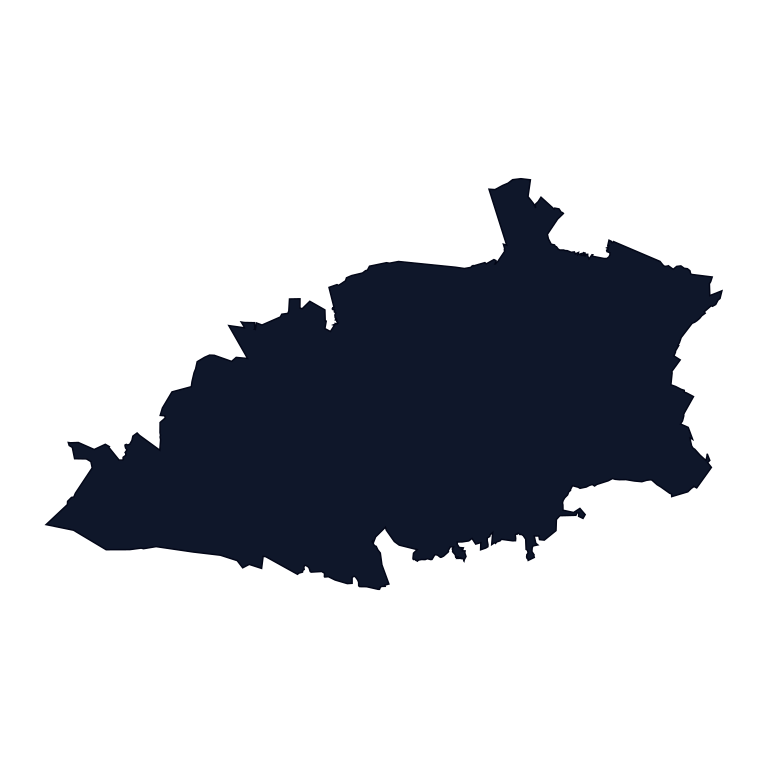 Villaflores, Chiapas, Mexico (orthographic projection)
{"feature_id": "50627088B76304194076564", "entity_name": "Villaflores", "entity_type": "district", "adm_level": 2, "iso_a3": "MEX", "parent_name": "Mexico", "parent_adm1": "Chiapas", "projection": "orthographic", "projection_center": [-93.329, 16.375], "detail": "fine", "context": "isolated", "style": "filled", "palette": "ink", "viewbox_px": 768, "rotation_deg": 0, "n_neighbors": 0, "source": "geoboundaries", "source_scale": "gbopen_adm2", "svg_char_len": 6103}
<svg xmlns="http://www.w3.org/2000/svg" viewBox="0 0 768 768"><path d="M668.3,265.7L667.4,266.1L664.6,266.4L662.9,265.0L660.0,261.4L613.8,241.7L613.8,242.2L612.1,242.7L611.8,241.6L609.0,240.2L607.8,245.5L609.8,245.5L608.8,245.9L607.9,247.0L608.2,247.2L606.8,247.9L608.4,248.8L607.9,249.8L607.1,249.8L606.6,250.2L607.0,251.6L609.9,252.7L610.0,254.8L608.9,256.9L606.9,258.5L604.1,258.5L592.2,256.2L592.8,254.8L592.0,254.7L589.0,258.9L587.7,256.0L587.7,254.3L586.1,254.4L585.6,255.9L584.5,255.8L585.1,253.1L583.7,252.7L583.4,255.4L581.6,255.5L582.2,253.4L580.7,253.8L580.3,254.8L578.9,253.9L578.0,254.5L578.5,252.5L575.3,253.9L574.4,251.9L571.2,252.3L567.4,250.7L564.7,250.5L563.8,250.0L559.7,250.0L558.1,249.0L556.5,246.8L555.3,246.3L554.5,244.9L551.2,244.2L548.4,238.8L547.4,234.3L557.6,219.1L563.4,213.5L562.7,212.7L561.1,212.1L559.0,208.9L554.7,208.1L554.1,209.1L541.0,197.2L538.2,201.6L535.3,204.4L535.6,208.0L533.4,203.5L528.0,196.6L530.4,179.8L520.9,178.7L512.6,179.7L508.0,183.2L502.6,185.5L495.0,189.6L489.0,189.2L506.7,245.2L503.4,244.2L504.6,248.4L504.3,250.0L504.8,251.1L497.8,261.5L495.4,264.1L494.8,264.0L496.1,261.8L496.0,260.6L493.9,259.6L486.2,263.9L484.9,262.6L473.2,266.0L473.0,265.6L471.8,266.2L470.8,267.4L464.4,268.5L455.3,267.2L398.5,261.5L389.5,263.2L386.5,262.7L369.5,266.2L367.4,270.2L365.5,270.7L362.5,273.0L351.6,275.6L346.5,277.8L345.5,280.8L338.6,285.4L337.0,284.6L329.0,287.4L334.1,307.7L332.8,307.7L332.3,308.9L333.1,309.7L334.7,309.9L334.3,311.8L335.8,312.9L334.9,315.0L335.2,317.7L336.3,318.5L335.7,319.1L336.2,319.4L335.6,320.0L337.1,320.4L336.8,321.6L337.5,322.1L337.3,322.8L338.0,323.1L337.0,324.0L335.2,323.5L335.2,324.2L333.4,324.9L334.5,325.2L330.4,331.5L324.9,328.6L326.2,321.1L325.2,320.7L324.9,309.9L309.8,301.3L302.1,308.8L299.9,307.9L300.0,298.8L289.5,299.0L288.8,311.0L287.8,313.4L281.8,314.2L280.3,317.0L262.0,325.0L256.3,322.9L255.4,329.5L254.4,329.2L254.8,328.9L254.4,322.7L244.1,322.5L241.2,322.0L244.1,326.7L244.4,327.8L228.8,325.6L247.6,358.5L236.2,357.4L231.6,361.4L214.3,355.3L209.6,355.1L204.6,357.3L197.2,361.7L195.6,368.9L194.1,372.6L192.0,381.6L191.3,386.7L172.0,391.9L162.4,408.0L160.2,415.4L164.7,415.8L165.3,417.9L160.1,422.5L160.0,432.7L160.5,435.2L160.1,437.0L160.6,439.7L159.8,450.2L139.5,435.4L137.1,433.0L132.9,436.1L131.9,440.5L129.7,444.3L127.6,445.0L126.5,444.4L125.2,444.8L125.0,445.7L125.6,448.0L127.0,449.9L125.1,452.5L125.7,453.4L125.8,455.3L123.2,457.2L123.0,458.1L123.5,459.4L122.3,460.1L119.1,460.1L108.7,447.2L109.3,446.6L105.3,444.3L94.2,449.5L78.3,442.5L70.6,442.8L68.3,442.5L69.2,445.5L72.3,447.4L74.6,458.7L86.4,458.9L90.9,461.6L92.2,467.9L75.4,493.2L73.8,497.1L71.5,497.4L67.6,501.3L67.4,504.6L46.1,524.6L73.5,530.2L106.1,549.7L129.8,549.6L141.2,548.1L143.5,548.7L156.1,546.6L193.1,552.0L220.4,555.2L237.2,560.6L242.7,567.8L249.2,564.4L261.6,568.4L263.1,556.3L265.8,556.7L297.5,574.3L298.9,573.1L302.5,572.1L302.8,570.4L304.2,569.4L303.8,567.6L304.3,565.8L304.9,565.4L306.0,565.5L308.0,566.7L309.1,568.0L310.2,571.5L311.1,572.1L321.7,571.5L324.5,573.2L324.4,576.7L324.7,577.0L328.4,576.7L335.1,580.0L347.3,583.6L352.1,583.3L352.1,577.7L352.9,576.8L354.2,576.3L355.4,576.8L357.7,580.0L358.6,582.1L358.7,585.8L359.6,586.6L366.6,586.7L378.1,589.3L379.5,589.3L380.5,586.9L382.2,586.4L385.2,586.3L384.9,585.1L388.9,584.0L381.9,564.8L380.3,553.0L377.8,549.8L376.2,546.4L374.4,545.6L372.1,541.6L372.6,540.8L373.6,542.1L375.6,536.9L385.4,527.2L386.3,530.1L394.3,541.5L399.2,545.1L417.2,549.6L413.5,553.2L413.0,557.9L413.0,558.9L413.5,559.5L415.2,559.4L415.8,560.3L417.5,561.1L417.8,560.5L418.9,560.0L421.5,559.5L425.1,559.6L427.3,558.7L430.8,559.6L432.0,559.4L434.8,554.7L437.4,555.0L440.4,557.3L441.4,557.2L443.6,556.1L448.2,552.0L448.5,551.5L448.2,550.6L450.3,546.9L451.1,546.8L453.5,547.0L452.3,549.0L452.8,550.7L452.6,551.7L455.3,554.8L455.7,557.2L457.7,557.0L456.8,558.4L459.1,558.4L459.7,558.3L459.8,557.8L460.8,557.6L461.1,558.6L462.8,558.7L463.9,559.5L463.7,560.7L464.0,561.1L464.3,559.7L466.0,556.5L464.8,552.9L465.1,550.9L462.4,550.8L463.2,548.2L462.3,548.6L462.9,547.8L459.3,547.5L457.3,544.4L457.1,542.0L462.2,541.9L468.8,540.9L472.0,538.4L475.7,544.1L480.8,542.6L480.6,549.8L485.8,548.0L487.9,546.7L488.0,544.7L487.2,540.6L487.3,537.9L489.7,536.5L490.2,534.7L492.7,532.5L491.7,544.6L494.5,542.7L495.5,543.4L496.6,542.0L500.1,540.8L501.4,539.3L512.5,540.8L515.5,540.7L515.7,538.5L515.3,534.9L516.1,534.1L517.1,534.2L517.8,533.3L518.6,533.2L519.8,534.5L521.4,534.4L523.2,535.5L525.7,539.2L526.1,549.4L527.4,550.2L528.0,552.2L527.8,553.6L526.9,554.5L526.6,557.0L527.1,558.5L527.8,558.9L528.2,560.4L534.3,557.4L533.8,555.7L534.1,554.9L531.9,551.5L532.2,547.6L533.1,545.9L537.8,544.9L535.8,543.2L534.2,536.0L538.9,536.0L539.5,539.6L544.3,540.1L556.0,530.6L556.4,519.5L559.8,515.7L575.9,515.3L577.1,512.8L578.8,512.9L578.6,516.3L583.0,518.4L585.2,514.6L579.9,508.4L573.6,512.5L563.0,510.2L562.9,504.9L562.5,502.9L563.1,500.5L564.8,497.7L567.6,494.9L568.7,491.9L570.5,490.4L570.6,489.2L572.5,485.7L578.2,487.2L580.0,488.3L586.3,487.0L589.6,485.3L592.3,484.5L594.6,486.0L596.9,484.4L608.2,480.8L612.5,478.5L615.1,479.3L619.3,479.7L625.9,479.6L634.3,481.0L641.9,481.7L646.6,480.3L650.4,479.8L651.8,480.0L657.1,484.7L660.9,487.0L669.6,493.2L671.6,494.0L671.7,496.6L687.8,491.8L691.4,488.3L693.2,487.1L693.6,486.3L696.7,487.9L711.4,467.4L707.6,462.6L709.8,460.4L707.2,453.8L706.9,456.6L705.9,460.5L700.0,455.1L694.8,449.3L693.0,448.1L691.6,445.9L689.9,438.2L689.4,437.3L692.6,439.3L688.2,427.4L680.5,424.0L682.5,420.9L683.8,415.9L683.7,414.3L684.5,412.6L693.5,396.6L686.7,393.0L684.3,392.1L684.2,390.3L681.1,389.3L675.6,386.5L670.9,384.8L672.1,373.0L671.9,371.3L680.2,359.9L673.9,355.9L675.4,352.4L675.6,350.8L678.7,345.5L677.9,345.1L679.4,342.7L681.2,337.5L692.1,323.3L694.7,322.2L696.9,320.7L699.6,318.4L701.8,315.7L705.2,313.2L704.2,311.8L711.1,305.8L712.5,306.3L715.7,304.5L718.1,300.0L720.0,298.5L721.9,290.8L709.8,295.6L709.4,283.8L710.7,281.6L712.2,277.0L692.1,274.5L690.7,274.0L689.9,270.7L687.4,268.7L684.2,268.3L680.9,265.9L676.7,266.4L673.2,269.3L668.3,265.7Z" fill="#0f172a" stroke="#020617" stroke-width="1.5"/></svg>